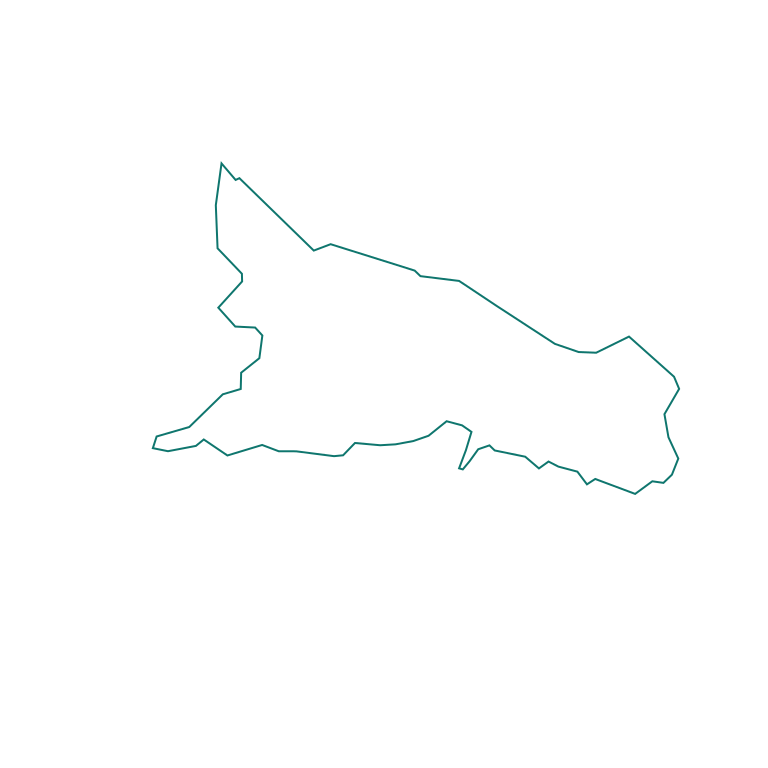 Tillabéri, Tillabéri, Niger (Mercator projection), rotated 314°
{"feature_id": "23599985B45975933186230", "entity_name": "Tillabéri", "entity_type": "district", "adm_level": 2, "iso_a3": "NER", "parent_name": "Niger", "parent_adm1": "Tillabéri", "projection": "mercator", "projection_center": [1.394, 14.379], "detail": "fine", "context": "isolated", "style": "outline", "palette": "teal", "viewbox_px": 768, "rotation_deg": 314, "n_neighbors": 0, "source": "geoboundaries", "source_scale": "gbopen_adm2", "svg_char_len": 994}
<svg xmlns="http://www.w3.org/2000/svg" viewBox="0 0 768 768"><g transform="rotate(314 384 384)"><path d="M177.3,262.3L185.6,275.3L208.8,291.7L218.9,292.9L223.8,321.0L255.5,338.7L262.5,355.0L274.5,367.5L297.4,398.2L304.3,404.1L321.4,404.1L337.3,423.8L348.6,434.2L363.3,444.7L377.7,452.0L400.7,454.9L408.5,468.9L410.3,480.2L393.3,488.9L375.5,496.6L377.3,500.0L388.0,499.2L402.5,497.1L413.1,502.5L413.1,509.8L429.8,536.1L430.9,554.1L442.5,556.2L445.7,566.8L455.3,584.0L452.8,599.7L462.4,601.9L479.4,641.0L500.4,644.6L507.0,653.7L518.8,654.1L534.8,647.5L543.3,625.6L557.1,606.7L585.5,599.7L590.7,587.6L588.3,527.3L553.9,514.9L542.2,501.8L531.6,479.1L518.4,410.7L510.3,366.4L486.9,335.3L486.9,327.3L447.5,248.5L431.2,240.8L431.6,137.0L427.7,135.5L429.8,113.9L395.8,138.8L366.0,170.0L364.6,205.2L359.2,210.7L323.8,211.8L322.0,237.1L335.1,252.1L334.4,262.8L316.0,276.4L292.9,273.4L280.9,284.4L264.6,275.2L217.8,273.8L188.3,256.9L177.3,262.3Z" fill="none" stroke="#0f766e" stroke-width="2"/></g></svg>